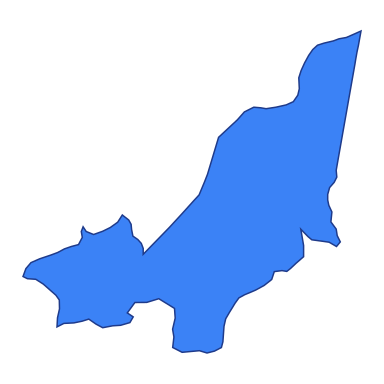 Goianápolis, Goiás, Brazil
{"feature_id": "56859067B32748378565005", "entity_name": "Goianápolis", "entity_type": "district", "adm_level": 2, "iso_a3": "BRA", "parent_name": "Brazil", "parent_adm1": "Goiás", "projection": "albers", "projection_center": [-49.075, -16.499], "detail": "fine", "context": "isolated", "style": "filled", "palette": "blue", "viewbox_px": 384, "rotation_deg": 0, "n_neighbors": 0, "source": "geoboundaries", "source_scale": "gbopen_adm2", "svg_char_len": 1646}
<svg xmlns="http://www.w3.org/2000/svg" viewBox="0 0 384 384"><path d="M361.0,31.0L354.3,34.0L346.3,37.5L339.0,38.8L333.4,40.9L324.1,43.1L317.5,45.2L312.8,49.5L308.7,55.4L304.6,62.9L301.1,70.6L298.8,77.8L299.3,88.8L297.8,95.2L293.3,101.7L286.2,104.9L275.9,107.2L266.1,108.7L260.8,107.8L253.8,107.2L244.4,111.9L237.4,119.8L218.6,137.3L207.5,174.3L204.4,182.2L199.1,194.9L193.5,201.0L182.4,213.3L169.5,227.3L143.2,254.3L143.2,248.4L141.3,243.4L137.8,239.5L132.9,236.1L131.6,229.6L131.1,224.3L128.7,220.0L122.3,215.0L117.7,222.2L110.3,227.5L102.6,231.3L93.6,234.5L86.2,231.5L83.1,226.8L81.3,231.5L82.3,237.4L78.5,244.6L71.3,246.5L64.4,248.9L57.7,252.5L50.7,255.1L39.7,258.8L31.0,262.6L25.9,268.6L23.0,276.5L27.4,278.7L35.8,279.3L43.3,284.1L55.9,295.2L59.3,300.0L59.5,308.9L57.5,317.8L57.0,326.9L63.9,323.4L73.9,322.9L82.1,321.2L88.8,319.1L96.0,324.1L102.7,327.7L112.7,325.8L120.6,325.3L129.9,322.6L133.2,316.9L127.3,312.9L134.9,302.5L146.7,302.4L158.8,298.7L174.5,308.4L175.2,318.1L172.6,329.2L173.9,337.0L172.7,347.5L182.1,352.3L199.4,350.7L207.0,353.0L214.5,351.1L221.4,347.5L222.9,341.8L224.0,326.3L225.7,318.8L229.6,312.1L232.4,307.6L235.0,303.3L238.9,297.9L244.7,294.7L251.2,292.0L255.6,290.1L264.2,285.4L271.7,279.5L274.3,271.6L282.0,270.6L286.8,271.4L290.5,268.5L295.9,263.4L303.6,256.7L303.6,245.5L300.8,229.2L308.0,236.6L311.8,239.8L322.1,241.2L329.1,242.2L336.5,246.5L340.3,241.9L337.2,235.6L336.2,229.1L330.9,221.9L331.9,212.0L328.8,205.3L327.7,200.0L327.7,194.4L329.6,187.6L334.2,182.3L336.8,177.1L336.2,170.3L337.8,161.1L354.9,64.3L355.7,59.4L357.0,52.0L358.4,45.5L361.0,31.0Z" fill="#3b82f6" stroke="#1e3a8a" stroke-width="1.5"/></svg>